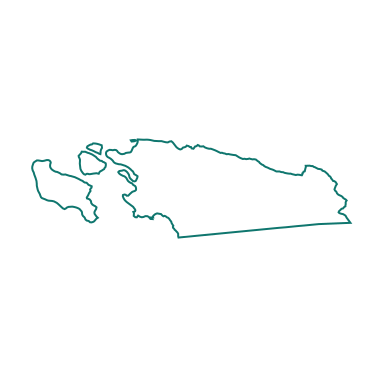 outline of Humberto de Campos, Maranhão, Brazil, rotated 283°
{"feature_id": "56859067B13754575893351", "entity_name": "Humberto de Campos", "entity_type": "district", "adm_level": 2, "iso_a3": "BRA", "parent_name": "Brazil", "parent_adm1": "Maranhão", "projection": "equal_earth", "projection_center": [-43.574, -2.645], "detail": "fine", "context": "isolated", "style": "outline", "palette": "teal", "viewbox_px": 384, "rotation_deg": 283, "n_neighbors": 0, "source": "geoboundaries", "source_scale": "gbopen_adm2", "svg_char_len": 6001}
<svg xmlns="http://www.w3.org/2000/svg" viewBox="0 0 384 384"><g transform="rotate(283 192 192)"><path d="M232.3,331.4L234.0,329.7L234.6,328.2L234.5,327.0L235.8,325.6L236.5,324.5L237.4,324.0L238.3,322.8L238.6,321.7L239.7,320.6L240.6,319.1L241.9,316.6L242.1,314.3L243.0,313.3L243.1,311.6L242.9,309.6L243.8,306.2L243.9,304.9L244.4,303.8L244.1,302.5L244.1,300.6L243.6,298.8L243.1,296.9L242.1,297.3L240.7,297.2L239.1,297.2L237.5,297.2L236.9,296.1L235.8,296.0L235.0,295.3L233.9,295.6L233.0,295.3L232.9,294.0L232.9,292.6L232.6,290.8L231.9,289.4L231.9,287.2L231.9,285.6L232.1,284.0L231.8,282.9L231.6,281.3L231.5,279.4L231.5,277.7L231.8,276.5L231.5,274.5L231.7,272.6L231.4,271.5L231.0,269.5L231.8,266.4L232.0,264.9L232.1,263.0L232.8,260.1L233.0,258.3L233.5,256.6L234.2,255.5L234.5,253.8L235.6,251.4L236.4,250.6L236.9,249.1L238.0,246.9L237.9,245.0L237.4,243.7L237.4,241.8L237.5,240.3L236.9,239.3L236.2,237.4L236.2,235.7L235.6,234.1L236.0,231.6L236.4,230.0L237.7,226.3L237.4,224.0L237.2,220.7L237.2,219.0L236.6,217.2L236.9,215.3L236.8,213.9L237.0,212.3L236.5,211.1L237.0,208.7L237.3,207.6L237.8,205.3L238.2,202.5L238.4,200.6L238.0,198.8L238.0,197.0L238.3,194.7L239.1,192.8L238.5,191.2L238.2,189.2L238.9,188.2L239.1,187.0L237.7,186.1L237.1,184.8L235.7,184.2L234.5,183.7L234.4,181.8L235.6,180.9L235.4,179.5L236.0,178.4L236.0,176.4L235.0,176.0L234.1,175.0L233.3,173.3L231.5,172.2L230.8,170.9L231.1,169.2L231.7,167.7L232.3,166.6L235.9,162.2L236.8,160.5L236.1,158.7L234.9,157.3L234.6,155.5L234.6,153.4L234.7,150.9L234.0,147.7L233.3,143.7L233.3,140.0L233.2,138.6L232.9,136.4L232.6,135.3L232.0,133.0L231.0,127.3L229.7,127.6L228.6,127.8L227.1,127.7L225.7,127.3L224.5,126.9L223.6,126.1L222.8,124.9L221.5,124.4L219.2,124.0L217.5,123.6L216.6,122.7L215.9,120.6L215.2,118.8L214.0,117.5L213.1,115.3L213.1,113.7L213.6,112.2L214.2,110.9L215.3,109.7L215.8,108.4L215.6,106.9L214.9,105.5L214.8,103.8L214.5,102.1L213.3,100.6L212.1,99.6L210.6,99.4L208.9,100.0L207.8,100.9L207.1,102.0L206.7,103.5L206.2,105.1L205.5,106.5L204.7,107.8L203.8,108.7L203.1,109.8L202.7,111.2L202.6,114.5L202.9,116.3L202.8,117.8L202.5,121.2L201.6,124.4L200.3,127.1L199.4,128.4L198.9,129.6L198.1,130.4L196.4,131.7L195.8,133.8L195.1,135.4L193.6,135.5L191.3,135.0L190.0,134.6L189.4,133.6L189.4,132.0L191.1,129.1L192.0,128.0L194.7,126.6L195.9,125.4L196.8,124.3L197.5,123.0L198.0,121.5L197.8,120.2L197.1,119.1L196.7,118.0L196.1,116.5L194.8,115.7L193.7,116.8L192.9,118.4L192.2,121.1L192.1,122.4L191.7,123.5L190.8,124.9L188.5,127.0L187.6,128.6L187.1,130.2L186.9,131.8L185.8,132.9L185.0,135.3L184.3,136.0L183.4,136.5L182.2,136.9L181.2,136.9L180.1,136.0L179.3,134.6L178.6,133.7L176.4,132.1L174.1,130.7L173.7,129.2L174.4,128.0L174.3,126.6L173.5,125.4L172.2,125.6L170.6,126.7L169.4,127.8L168.5,129.0L167.6,130.5L164.3,138.0L163.3,139.1L162.4,140.2L161.5,140.9L160.4,140.9L159.4,139.3L158.3,140.2L155.6,140.6L154.7,142.4L154.9,143.9L156.9,144.8L156.2,146.9L156.1,148.8L156.8,150.4L158.0,152.0L158.4,154.0L158.0,155.4L156.4,157.6L156.7,159.4L158.0,158.1L158.4,159.9L159.4,159.4L160.5,159.9L162.2,161.2L163.3,162.8L163.5,166.8L162.6,168.1L161.9,169.6L162.6,170.7L162.3,172.1L161.7,173.2L161.5,174.5L160.9,175.6L159.5,177.1L158.5,178.4L157.3,179.0L156.0,180.2L154.9,181.4L153.8,181.2L152.9,181.6L152.1,182.9L151.3,183.6L150.8,184.7L150.1,185.6L149.3,186.9L148.2,187.9L145.7,188.5L144.6,189.1L176.5,284.3L178.8,291.5L182.5,302.4L184.5,308.6L189.2,322.6L197.6,353.3L201.7,348.5L203.5,346.9L204.4,344.4L204.4,341.9L204.6,340.3L205.2,339.4L206.4,339.6L208.0,340.7L209.3,341.5L209.9,342.8L211.6,343.7L212.6,344.7L213.4,344.5L214.9,344.5L216.0,344.1L217.3,344.1L218.5,344.6L219.2,343.6L219.7,342.0L220.2,340.7L221.1,339.7L221.7,338.2L221.9,337.1L222.3,335.2L223.3,333.6L224.8,332.5L225.6,331.0L226.7,330.2L230.4,330.7L232.3,331.4ZM145.7,106.0L146.6,104.5L148.7,102.1L149.7,101.6L150.8,101.5L152.1,101.8L153.8,102.4L155.6,102.4L156.4,100.9L156.7,99.6L157.3,97.8L158.6,96.3L160.4,95.6L161.7,94.0L162.0,92.7L162.1,91.1L163.0,90.7L164.1,91.1L166.2,91.7L167.6,91.9L170.2,92.9L171.3,92.2L172.4,92.4L173.6,93.1L175.0,93.0L175.4,91.3L175.7,89.5L176.4,88.6L177.3,87.2L177.1,85.3L177.6,83.9L178.2,82.9L178.4,81.5L178.7,80.4L179.2,78.7L180.1,74.4L180.2,72.1L180.3,70.4L180.2,69.1L180.6,64.7L180.0,62.8L179.8,60.9L180.5,59.3L180.9,57.7L181.2,56.1L181.1,54.5L181.4,53.0L181.9,51.6L182.4,50.4L183.3,49.2L184.3,48.3L185.6,47.8L187.4,47.6L188.7,47.8L189.8,47.2L190.5,46.2L190.8,45.0L190.4,43.2L189.1,40.8L188.4,39.0L188.2,35.5L187.9,33.8L186.7,32.6L185.7,31.6L184.6,31.0L181.6,30.7L180.6,30.7L179.1,31.0L177.2,31.9L175.4,33.4L173.5,34.4L172.3,35.2L170.5,36.4L167.7,38.0L165.1,38.9L163.8,39.2L162.7,39.6L159.6,41.1L158.2,42.0L157.1,43.0L155.7,44.2L154.4,45.0L152.9,46.1L152.3,47.2L151.8,50.7L151.4,52.5L151.3,54.1L151.8,57.7L151.8,59.7L151.0,62.7L150.1,64.5L148.0,68.1L147.0,69.9L146.7,71.7L147.7,72.9L148.8,73.7L149.7,75.0L150.8,78.6L150.9,80.1L150.9,81.8L150.8,83.2L150.5,85.0L150.1,86.3L149.2,87.5L148.2,88.9L147.3,89.4L145.3,90.1L144.2,91.1L143.2,92.8L142.3,93.7L141.3,94.3L140.5,95.8L140.5,97.9L139.6,99.4L139.8,101.0L140.7,102.5L141.5,103.3L144.6,104.9L145.7,106.0ZM199.0,102.0L200.5,101.5L201.2,99.6L201.4,98.1L202.0,97.1L201.8,95.4L202.3,94.3L203.3,92.2L204.5,90.6L205.2,88.8L206.1,86.3L206.7,83.0L206.7,81.8L207.2,78.9L206.8,77.3L206.5,75.5L204.9,75.2L201.7,73.4L200.4,74.0L199.6,74.8L198.2,75.6L197.3,75.8L194.4,76.3L189.4,78.1L187.6,79.5L186.7,80.5L185.6,81.8L185.0,82.9L184.9,84.2L186.0,85.3L186.3,86.5L186.2,87.7L186.5,88.8L187.8,91.9L188.8,94.7L188.8,97.0L190.3,97.3L191.4,97.9L192.5,99.2L193.8,100.4L194.5,101.2L195.6,101.4L197.0,102.1L199.0,102.0ZM217.2,93.5L217.5,90.8L217.6,88.8L217.5,86.9L217.1,84.7L215.8,83.7L215.4,82.5L214.3,81.2L213.5,80.3L212.8,79.7L211.5,79.6L210.9,80.6L210.3,82.9L210.1,85.0L209.7,87.1L209.1,89.4L208.9,91.3L208.4,92.8L208.3,94.2L209.7,94.1L210.8,93.8L212.4,93.8L213.5,94.0L214.7,94.4L217.2,93.5ZM229.9,124.7L229.2,122.2L228.6,120.8L227.6,121.8L228.1,123.4L228.6,124.6L229.6,126.0L229.9,124.7Z" fill="none" stroke="#0f766e" stroke-width="2"/></g></svg>